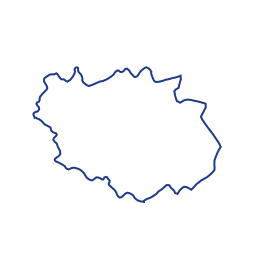 Lyuban, Minsk, Belarus (orthographic projection), rotated 331°
{"feature_id": "67162791B60458568388386", "entity_name": "Lyuban", "entity_type": "district", "adm_level": 2, "iso_a3": "BLR", "parent_name": "Belarus", "parent_adm1": "Minsk", "projection": "orthographic", "projection_center": [28.032, 52.73], "detail": "fine", "context": "isolated", "style": "outline", "palette": "blue", "viewbox_px": 256, "rotation_deg": 331, "n_neighbors": 0, "source": "geoboundaries", "source_scale": "gbopen_adm2", "svg_char_len": 3396}
<svg xmlns="http://www.w3.org/2000/svg" viewBox="0 0 256 256"><g transform="rotate(331 128 128)"><path d="M167.2,209.3L170.2,209.3L173.5,209.3L176.8,208.7L180.3,207.8L183.2,206.7L184.8,204.1L185.4,202.5L187.9,198.3L190.6,195.9L193.9,193.3L197.2,190.9L199.9,189.6L200.2,185.3L199.4,175.8L198.7,170.7L197.7,163.2L197.0,156.5L197.3,153.4L202.0,150.3L206.0,147.7L207.6,144.3L206.4,143.0L203.7,140.3L201.7,138.4L199.2,136.4L196.9,134.1L193.7,131.9L190.6,131.0L185.8,131.1L183.8,128.0L184.6,123.7L186.3,118.3L188.8,117.4L191.7,117.4L194.5,114.3L197.9,110.9L199.3,107.8L198.8,107.8L193.9,106.8L190.9,105.8L189.2,105.5L186.3,104.8L184.7,104.1L181.9,103.7L178.9,103.0L177.3,102.4L175.1,101.6L174.0,100.4L173.7,98.8L173.9,96.1L174.3,93.6L174.7,91.4L175.7,90.1L175.5,87.5L174.8,85.6L173.6,83.9L172.1,83.5L170.5,83.8L169.1,83.9L166.8,84.4L164.8,85.3L163.4,86.1L161.5,87.1L159.8,87.1L158.5,86.7L157.9,85.1L157.7,83.5L157.0,81.7L156.9,78.2L155.8,75.5L154.0,75.1L152.4,75.9L150.9,76.2L149.1,75.8L148.2,74.8L147.8,73.5L146.8,72.5L144.3,72.8L142.5,73.6L141.4,74.3L139.5,74.6L137.6,74.9L135.4,75.1L132.0,75.1L129.0,74.7L126.0,73.8L122.7,73.4L119.9,73.2L117.2,72.9L114.1,72.3L112.7,70.5L111.7,68.3L111.0,66.4L111.0,64.3L112.2,62.4L112.5,61.1L112.8,59.6L112.8,58.6L112.5,57.1L112.0,55.5L112.0,54.2L112.9,52.4L113.4,51.3L112.9,50.3L111.9,49.9L110.6,50.2L109.4,51.2L109.2,52.6L108.9,53.0L108.0,54.0L106.8,55.0L104.7,56.3L102.5,57.2L100.5,58.0L97.5,58.0L96.6,57.0L95.9,55.0L95.0,54.0L93.5,53.3L93.0,52.3L92.6,49.3L92.4,46.7L91.9,45.5L90.4,45.3L89.2,45.2L87.6,44.2L85.5,43.4L83.0,43.5L81.5,43.6L78.9,44.0L77.8,45.3L77.1,46.7L77.2,49.3L77.3,51.7L77.0,53.3L76.3,54.5L74.9,55.1L72.7,55.8L70.5,56.5L68.3,57.2L65.8,58.3L64.9,59.6L64.0,60.9L63.0,61.8L61.8,61.8L60.7,61.6L59.6,62.5L59.6,64.1L59.8,65.3L60.1,66.9L59.6,68.2L58.3,69.2L56.9,69.7L55.1,69.2L53.2,69.2L52.1,69.8L51.6,71.3L51.5,72.9L51.4,73.9L52.0,74.0L53.0,75.4L54.6,77.4L55.7,79.8L56.3,82.0L57.0,84.8L58.0,86.1L59.1,87.8L60.3,89.5L60.3,90.8L59.7,92.3L59.7,93.5L60.4,95.4L61.7,97.0L62.6,97.9L62.5,99.3L61.7,99.9L60.3,100.3L58.7,100.7L57.8,101.3L57.0,102.2L57.0,103.1L57.2,104.4L57.9,106.4L58.1,107.4L57.5,110.4L57.5,112.6L57.5,114.9L56.7,116.7L56.3,117.9L53.9,119.0L52.2,119.1L49.4,119.5L48.6,120.1L48.4,120.9L48.6,122.0L49.4,123.2L50.5,124.5L51.4,126.0L52.4,127.4L53.5,129.2L54.2,130.7L54.2,132.7L54.8,134.2L55.9,135.4L57.1,135.6L58.7,135.6L60.9,136.2L61.7,136.7L63.4,138.2L64.5,139.5L65.7,140.9L66.6,142.9L67.6,146.4L67.6,147.7L67.7,150.2L68.2,152.5L69.1,154.1L70.1,155.6L71.1,156.3L72.4,156.4L73.4,156.4L74.9,156.0L76.4,155.8L77.6,156.6L78.7,157.7L79.3,158.5L79.9,159.7L80.7,160.7L81.6,161.0L82.6,160.3L83.4,159.8L85.3,160.2L85.7,160.6L85.9,161.9L85.9,163.0L86.2,163.7L86.4,165.0L85.7,166.4L85.0,166.6L83.9,167.7L83.8,168.8L84.6,170.7L85.1,172.7L86.0,175.0L86.4,177.2L86.4,179.5L86.0,181.8L86.3,183.3L87.1,184.9L89.0,185.3L90.7,184.9L92.1,184.6L94.1,184.1L96.1,184.3L97.9,185.9L98.6,187.1L99.5,188.5L99.9,189.8L99.9,191.0L99.9,192.6L100.8,194.7L101.4,196.0L102.3,197.2L103.5,198.3L104.8,199.3L106.1,200.4L106.5,199.4L110.0,199.2L113.5,199.8L116.0,199.8L120.8,199.4L123.9,198.3L128.2,197.9L130.8,197.4L134.1,196.6L136.4,198.1L136.5,201.0L137.9,205.0L137.7,207.8L139.4,209.6L143.0,207.6L146.9,206.6L148.5,206.6L150.5,207.9L152.0,210.1L153.5,212.7L156.7,211.7L160.6,210.3L163.7,209.9L166.6,209.3L167.2,209.3Z" fill="none" stroke="#1e3a8a" stroke-width="2"/></g></svg>